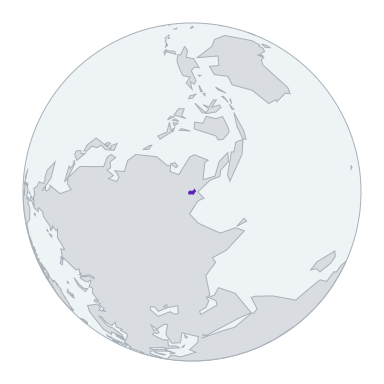 Mae Hong Son on an orthographic globe, rotated 242°
{"feature_id": "THA-374", "entity_name": "Mae Hong Son", "entity_type": "Province", "adm_level": 1, "iso_a3": "THA", "parent_name": "Thailand", "parent_adm1": "", "projection": "orthographic", "projection_center": [98.108, 18.681], "detail": "fine", "context": "on_globe", "style": "filled", "palette": "violet", "viewbox_px": 384, "rotation_deg": 242, "n_neighbors": 0, "source": "natural_earth", "source_scale": "10m", "svg_char_len": 11304}
<svg xmlns="http://www.w3.org/2000/svg" viewBox="0 0 384 384"><g transform="rotate(242 192 192)"><circle cx="192" cy="192" r="169" fill="#eef3f6" stroke="#a8b0b8"/><path d="M352.7,243.6L352.4,244.7L352.3,244.9L352.7,243.6ZM263.8,39.1L266.6,41.1L273.3,45.0L267.6,42.2L283.9,52.3L289.6,58.0L279.9,49.8L276.3,47.8L278.5,50.4L275.4,49.0L274.6,49.6L270.7,47.9L265.3,43.8L262.6,42.7L264.3,44.8L261.5,44.7L259.3,41.8L254.1,41.4L244.1,35.8L241.6,31.4L232.8,28.6L224.5,26.2L237.9,29.4L251.0,33.7L263.8,39.1ZM206.0,23.6L205.6,23.6L203.0,23.4L202.3,23.4L206.0,23.6ZM278.8,48.4L277.2,47.1L279.8,49.0L278.8,48.4ZM275.2,50.1L276.7,51.0L275.7,51.0L275.2,50.1ZM268.7,48.4L266.6,48.3L267.8,47.7L268.7,48.4ZM264.8,47.9L259.9,48.2L262.7,50.2L252.0,45.3L259.8,46.3L260.7,45.0L262.2,46.7L264.8,47.9ZM220.0,25.4L224.2,26.1L225.6,26.5L220.8,25.6L224.5,26.6L218.6,25.7L215.3,25.0L215.6,24.8L213.1,24.7L211.0,24.1L220.0,25.4ZM246.9,42.9L244.9,42.5L246.0,42.1L246.9,42.9ZM205.6,23.6L208.2,23.8L209.5,24.1L204.6,23.7L205.8,23.7L205.6,23.6ZM228.4,27.4L228.5,27.8L223.8,27.1L223.2,27.2L218.6,25.7L228.4,27.4ZM204.1,23.6L202.1,23.6L199.0,23.4L203.2,23.4L204.1,23.6ZM212.0,24.4L212.4,24.6L210.5,24.3L212.0,24.4ZM187.1,23.2L190.2,23.1L191.1,23.2L187.1,23.2ZM201.5,23.6L202.6,23.7L203.3,23.9L201.4,23.9L201.5,23.6ZM215.6,25.5L213.6,25.3L217.2,26.0L213.8,25.8L211.4,25.0L211.0,25.3L209.9,25.2L209.1,24.6L215.6,25.5ZM201.6,24.3L197.3,23.6L191.4,23.5L190.4,23.4L200.1,23.6L201.6,24.3ZM206.1,24.5L203.1,24.3L203.3,24.0L205.5,24.1L206.1,24.5ZM212.4,26.1L218.2,26.6L218.6,26.8L212.4,26.1ZM199.9,24.3L200.9,24.5L199.4,24.3L199.9,24.3ZM208.5,25.5L210.5,25.6L210.8,25.8L208.5,25.5ZM201.4,24.9L200.0,24.6L201.5,24.5L201.4,24.9ZM204.6,25.2L204.6,25.5L202.8,24.7L205.5,25.2L204.6,25.2ZM208.5,25.7L209.3,25.9L207.6,25.6L208.5,25.7ZM196.7,25.7L194.1,24.7L197.3,24.4L199.4,25.4L196.7,25.7ZM58.9,87.9L59.0,87.8L56.1,91.9L57.7,95.9L57.1,98.2L51.7,104.7L48.7,120.2L53.9,115.8L56.4,126.4L61.4,129.7L72.4,116.9L64.3,111.0L68.0,103.2L78.6,102.1L86.5,108.2L88.2,105.4L87.5,96.6L93.7,93.4L87.8,93.2L86.9,96.7L83.2,96.9L83.8,93.9L85.9,92.7L84.8,90.1L74.8,97.1L72.8,101.3L67.2,98.9L63.4,106.0L60.3,107.8L65.5,96.7L68.4,93.5L74.5,80.7L71.0,83.7L65.0,96.2L64.9,94.4L60.1,99.4L63.7,94.3L71.2,80.6L69.1,79.2L58.7,88.7L59.0,87.8L59.8,86.7L71.1,74.0L74.2,70.9L72.2,74.4L76.2,70.8L83.2,63.9L82.0,65.8L84.6,63.7L84.4,65.1L90.7,62.1L91.6,63.3L100.3,57.8L101.9,57.9L96.3,61.0L92.8,64.1L95.7,68.1L98.1,67.6L103.5,63.9L103.6,65.8L108.5,61.8L113.2,63.0L111.6,58.4L117.9,54.8L124.1,53.6L125.9,51.8L115.8,53.9L112.0,55.6L109.2,58.3L98.6,63.2L96.3,62.9L106.2,55.2L104.0,54.2L112.7,49.3L134.8,45.4L140.8,46.5L137.6,55.5L132.6,56.9L131.3,54.2L126.8,59.9L129.9,57.8L130.0,59.7L136.1,57.3L136.4,58.6L141.6,54.4L142.8,55.7L139.4,58.3L149.4,56.7L153.4,59.1L155.4,58.2L156.5,56.5L160.9,61.1L162.2,60.2L161.3,58.4L163.4,55.7L168.7,52.8L169.9,54.5L168.2,55.8L166.3,61.3L161.4,64.8L162.4,65.3L167.0,62.7L169.3,55.9L172.2,53.7L171.8,56.8L172.1,55.5L174.0,55.0L176.9,56.2L177.6,52.9L195.9,47.1L203.4,49.5L201.0,52.5L215.1,51.9L222.4,55.8L221.6,53.9L227.7,53.0L225.5,51.8L225.6,50.9L240.4,49.4L244.8,50.8L250.2,49.1L249.8,48.3L246.8,47.1L252.0,45.3L262.7,50.2L263.2,51.7L269.6,54.2L269.7,57.5L272.7,61.8L269.1,64.9L271.9,68.4L274.1,69.0L279.4,74.8L282.8,85.3L270.4,73.9L263.4,60.0L265.4,65.1L262.0,63.3L261.0,64.9L262.6,68.9L264.6,69.7L252.5,74.7L250.7,86.3L257.9,85.8L262.9,89.6L267.2,104.9L255.8,125.9L262.4,133.2L263.2,138.0L258.3,140.9L257.0,133.9L251.5,131.3L251.6,127.2L243.3,130.3L243.0,124.6L236.6,130.3L239.6,134.8L247.1,133.8L241.8,141.8L250.0,150.0L251.5,160.0L239.6,177.5L226.5,182.8L225.8,185.9L220.4,182.2L213.5,188.4L224.0,206.5L223.8,211.6L212.5,221.2L212.2,217.3L197.7,207.5L195.2,219.7L206.2,230.3L210.0,242.2L201.7,238.3L197.8,227.7L192.7,223.9L193.9,213.3L189.3,197.2L180.9,199.7L181.4,193.3L173.8,179.6L161.6,182.8L142.4,197.7L140.0,213.8L133.2,220.0L124.5,195.2L124.3,179.2L118.8,179.8L111.7,164.9L92.7,159.4L92.1,155.0L88.1,155.8L83.5,150.1L83.4,142.9L79.7,142.1L80.4,161.0L84.7,162.1L91.2,157.0L90.4,163.4L95.1,170.5L82.3,182.5L57.6,187.6L58.7,175.2L58.6,138.0L60.6,134.8L60.8,134.4L61.0,133.7L57.3,138.6L58.5,131.7L54.7,156.2L52.5,166.1L57.2,188.1L55.8,189.5L58.4,194.7L71.1,194.8L70.4,198.7L62.2,214.7L47.8,232.9L51.8,250.4L54.3,263.9L49.9,269.0L55.0,280.1L53.5,281.7L56.5,287.5L57.9,292.1L58.4,295.0L55.8,292.0L48.7,281.4L42.3,270.3L36.8,258.8L32.2,246.9L28.5,234.6L27.5,230.5L25.6,220.6L23.1,195.8L23.4,185.0L23.6,179.1L23.6,178.3L25.0,166.1L27.4,154.0L30.6,142.1L34.6,130.5L39.5,119.2L45.2,108.3L51.7,97.8L58.9,87.9ZM91.1,122.6L98.2,126.1L101.4,116.1L104.4,116.8L104.3,113.3L101.6,115.4L102.4,106.3L107.8,105.2L110.2,101.4L107.9,100.0L98.0,103.6L96.6,116.4L92.3,119.2L91.1,122.6ZM99.0,52.3L96.8,54.1L93.7,56.0L92.7,55.8L97.2,53.0L99.0,52.3ZM94.5,56.4L104.6,49.6L105.7,49.9L103.4,50.8L103.1,51.7L99.3,53.5L90.3,60.9L87.0,63.2L86.9,60.8L88.8,60.1L90.8,58.2L94.5,56.4ZM128.7,36.0L133.1,34.2L129.7,37.0L126.0,38.4L124.7,37.9L128.3,36.0L128.7,36.0ZM199.0,23.2L199.5,23.2L197.4,23.3L195.2,23.2L195.4,23.1L192.3,23.2L191.0,23.1L188.4,23.1L182.5,23.3L199.0,23.2ZM161.8,25.8L162.1,25.7L165.1,25.2L166.3,25.1L163.5,25.5L168.6,24.8L168.9,24.9L175.3,24.6L182.6,24.0L185.1,24.1L182.4,24.4L186.8,24.3L183.3,25.1L185.0,25.3L183.4,26.5L177.1,27.4L179.5,27.6L178.4,28.8L173.3,29.9L174.4,28.7L168.0,30.9L166.6,29.9L165.9,30.3L162.8,30.1L158.0,30.6L158.1,30.1L156.1,30.5L154.1,30.6L151.4,31.2L150.7,30.5L147.4,31.2L148.9,30.6L143.5,32.0L147.2,30.7L144.9,31.0L142.5,32.1L145.0,29.7L161.8,25.8ZM196.0,26.0L188.9,26.8L184.6,26.7L189.3,24.7L188.2,24.4L191.1,23.7L197.2,23.8L195.8,24.0L194.0,24.1L195.6,24.4L193.7,24.7L194.5,25.1L192.0,25.2L196.0,26.0ZM59.5,96.5L59.6,97.6L60.4,98.4L57.4,101.8L59.5,96.5ZM64.4,87.1L64.9,87.3L61.1,92.0L61.0,91.1L64.4,87.1ZM68.5,83.7L65.2,87.0L66.9,84.7L68.5,83.7ZM97.1,61.1L98.1,61.4L96.9,62.4L94.8,63.4L97.1,61.1ZM153.9,38.1L155.3,37.0L156.3,36.9L161.7,34.9L163.2,35.8L160.5,37.3L153.9,38.1ZM69.1,118.3L65.8,119.9L65.9,118.1L67.0,117.8L69.1,118.3ZM59.8,110.4L60.4,113.9L59.0,111.3L59.8,110.4ZM156.4,38.7L158.4,37.7L157.9,38.8L156.4,38.7ZM164.5,36.4L164.5,37.4L164.0,35.7L164.5,36.4ZM137.6,343.3L141.0,345.0L138.5,344.7L137.6,343.3ZM71.6,269.2L72.9,290.4L68.0,288.4L64.0,281.0L61.3,267.5L66.0,265.7L67.5,260.2L71.6,269.2ZM251.3,268.4L256.1,268.9L255.9,269.6L251.3,268.4ZM246.3,266.2L251.9,266.2L245.3,267.8L246.3,266.2ZM254.1,266.2L259.7,264.5L262.2,263.2L261.7,264.7L254.1,266.2ZM242.5,266.3L221.6,266.4L213.2,264.4L215.2,261.8L228.8,262.5L242.5,266.3ZM214.5,261.7L201.7,253.8L183.7,230.5L190.2,231.3L208.9,245.6L207.7,247.9L215.5,254.1L214.5,261.7ZM245.5,247.5L244.2,254.5L232.7,254.1L227.4,253.0L223.8,244.0L225.8,239.4L230.2,239.5L246.7,223.5L252.5,227.2L247.5,234.0L252.2,240.0L245.5,247.5ZM140.7,215.4L144.4,225.5L140.7,226.6L140.7,215.4ZM253.1,212.2L246.6,219.3L252.5,209.8L253.1,212.2ZM256.4,203.3L256.9,206.8L254.1,203.4L256.4,203.3ZM225.9,190.8L221.3,191.6L221.1,189.1L226.8,186.6L225.9,190.8ZM252.6,168.5L253.0,175.9L252.3,178.4L250.0,174.0L252.6,168.5ZM171.9,47.7L162.9,49.2L157.3,51.5L155.7,54.5L154.1,51.2L162.6,47.6L171.9,47.7ZM192.8,46.8L194.2,44.7L196.2,45.5L196.2,46.2L192.8,46.8ZM191.8,45.6L188.6,43.2L191.0,42.0L193.1,44.1L191.8,45.6ZM172.2,40.1L169.4,40.3L169.9,39.4L172.2,40.1ZM301.5,320.7L300.8,321.2L306.5,316.3L301.5,320.7ZM282.9,328.6L285.1,324.6L290.1,322.9L286.1,327.0L282.9,328.6ZM324.5,296.8L326.5,294.2L325.1,296.1L324.5,296.8ZM270.9,314.2L239.1,325.6L232.7,324.8L235.5,320.9L231.9,309.3L234.1,309.5L234.1,301.3L253.5,292.9L267.8,277.8L277.3,277.9L285.3,266.8L294.7,266.4L291.1,275.0L299.9,278.9L308.2,259.6L311.3,278.1L316.1,283.4L314.8,294.5L297.6,315.8L289.9,320.8L289.4,319.5L285.9,321.9L282.0,322.0L281.8,316.6L278.3,318.9L282.6,313.9L277.1,318.6L276.0,315.1L270.9,314.2ZM336.9,267.8L337.6,267.8L338.1,270.3L336.9,270.5L336.9,267.8ZM350.6,249.2L350.3,250.4L349.7,251.5L350.6,249.2ZM352.3,244.9L351.7,246.4L352.7,243.6L352.3,244.9ZM343.8,254.4L344.0,255.3L343.6,256.0L343.8,254.4ZM343.6,254.2L344.4,252.0L344.0,253.9L343.6,254.2ZM340.6,245.7L341.3,244.4L341.5,245.1L340.6,245.7ZM263.2,268.6L270.1,262.8L273.6,262.1L263.2,268.6ZM340.0,243.9L338.4,244.2L338.7,243.1L340.0,243.9ZM340.3,241.3L340.3,239.9L340.9,243.1L340.3,241.3ZM337.5,239.0L339.3,241.0L337.2,239.4L337.5,239.0ZM336.3,239.8L334.9,239.0L335.0,238.5L336.3,239.8ZM318.4,246.1L323.9,253.7L319.0,254.5L313.7,250.1L308.9,256.0L298.3,256.7L301.0,253.2L299.7,248.4L288.4,247.8L286.1,244.8L290.3,242.2L282.6,240.3L291.0,238.0L294.3,244.3L299.0,238.6L306.9,238.9L314.2,240.0L319.8,243.9L318.4,246.1ZM290.8,252.7L292.2,252.5L290.8,254.6L290.8,252.7ZM332.2,236.2L334.2,238.8L333.9,239.7L332.9,239.5L332.2,236.2ZM321.2,242.5L327.3,235.8L328.7,235.6L324.6,242.6L321.2,242.5ZM326.0,232.5L328.7,232.7L330.0,235.5L329.5,236.4L326.0,232.5ZM273.5,248.0L273.1,249.9L270.9,248.6L273.5,248.0ZM276.4,246.7L283.1,248.2L275.8,248.4L276.4,246.7ZM255.5,241.5L257.5,245.8L264.0,242.7L259.1,247.0L263.3,253.9L261.8,256.7L257.6,249.2L255.9,257.2L253.0,257.2L251.5,250.4L254.5,241.8L257.4,238.2L269.0,236.2L255.5,241.5ZM276.5,241.4L274.7,236.4L276.0,232.8L277.9,235.4L276.5,241.4ZM269.1,224.3L264.1,218.6L259.7,221.1L268.4,212.3L271.8,219.2L269.1,224.3ZM264.6,211.4L260.5,213.6L264.6,208.5L264.6,211.4ZM259.3,211.7L258.7,207.5L262.0,207.9L259.3,211.7ZM266.7,211.4L267.2,204.3L269.0,208.4L266.7,211.4ZM256.8,198.2L264.2,204.8L254.8,202.2L253.6,188.6L257.5,188.1L256.8,198.2ZM273.4,142.9L271.9,139.2L275.2,138.1L275.3,140.9L273.4,142.9ZM284.7,132.7L275.6,136.7L268.1,140.5L270.9,142.1L270.0,148.6L265.4,142.8L270.0,135.5L275.8,133.9L275.9,128.6L279.6,124.9L277.5,118.6L278.9,115.8L282.6,121.2L284.7,132.7ZM276.3,116.0L274.0,105.1L280.6,106.3L282.6,109.0L280.9,113.3L277.5,112.4L276.3,116.0ZM275.4,102.9L272.0,102.0L261.6,87.1L261.1,84.4L272.5,95.7L270.0,95.6L271.4,99.2L275.4,102.9ZM246.0,43.4L245.0,42.6L246.9,43.3L246.0,43.4ZM224.2,50.2L224.6,49.1L226.8,49.7L224.2,50.2ZM226.9,46.5L224.1,46.5L226.6,45.8L226.9,46.5ZM218.0,46.9L222.8,46.2L219.0,47.9L218.0,46.9Z" fill="#d9dde1" stroke="#a8b0b8" stroke-width="1"/><path d="M191.8,188.7L191.9,188.8L192.0,188.8L192.3,188.9L192.3,189.0L192.6,189.0L192.8,189.0L193.0,189.0L193.2,189.3L193.3,189.4L193.3,189.5L193.4,189.8L193.4,190.0L193.4,190.4L193.3,190.5L193.5,190.7L193.5,190.8L193.4,190.9L193.3,191.0L193.2,191.0L193.1,190.9L193.0,191.0L192.9,191.0L192.7,191.0L192.6,190.9L192.4,190.7L192.2,190.6L192.1,190.8L192.0,191.1L192.0,191.3L191.9,191.6L192.0,191.7L192.0,191.8L192.0,192.0L192.0,192.3L192.1,192.5L192.3,192.6L192.2,192.7L192.2,192.8L192.0,193.0L192.0,193.3L192.0,193.5L192.0,193.8L191.9,193.9L191.9,194.0L192.0,194.1L192.2,194.3L192.3,194.4L192.4,194.5L192.4,194.8L192.5,194.9L192.4,194.9L192.4,195.0L192.2,195.1L191.7,195.2L191.6,195.3L191.4,195.3L191.0,195.0L191.0,194.9L191.0,194.7L190.9,194.7L190.8,194.4L190.9,194.2L191.0,194.1L190.9,193.9L190.9,193.7L190.7,193.4L190.7,193.2L190.4,193.2L190.2,193.1L190.2,192.9L190.1,192.7L189.9,192.4L190.0,192.4L190.0,192.5L190.3,192.6L190.6,192.4L190.8,192.4L191.0,192.3L191.0,192.2L191.0,191.9L191.0,191.7L190.9,191.6L190.9,191.4L190.7,191.3L190.8,191.2L190.9,190.9L191.1,190.8L191.2,190.7L191.2,190.4L191.1,190.2L191.1,189.9L191.2,189.7L191.3,189.6L191.3,189.4L191.6,189.3L191.6,189.2L191.7,188.9L191.8,188.7L191.8,188.7Z" fill="#8b5cf6" stroke="#5b21b6" stroke-width="1.5"/></g></svg>